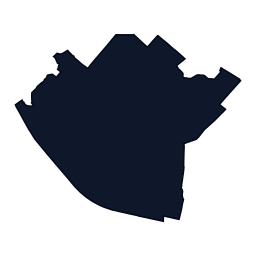 Saligny, Constanta, Romania (Mercator projection)
{"feature_id": "2599482B25474016101343", "entity_name": "Saligny", "entity_type": "district", "adm_level": 2, "iso_a3": "ROU", "parent_name": "Romania", "parent_adm1": "Constanta", "projection": "mercator", "projection_center": [28.101, 44.301], "detail": "fine", "context": "isolated", "style": "filled", "palette": "ink", "viewbox_px": 256, "rotation_deg": 0, "n_neighbors": 0, "source": "geoboundaries", "source_scale": "gbopen_adm2", "svg_char_len": 5055}
<svg xmlns="http://www.w3.org/2000/svg" viewBox="0 0 256 256"><path d="M239.4,79.1L231.5,74.2L223.5,69.4L221.0,67.8L220.0,70.3L219.9,70.6L220.0,70.7L220.5,71.2L220.5,72.1L220.3,72.6L217.3,76.0L214.3,79.3L213.7,79.1L212.3,78.9L210.8,78.9L209.2,78.8L208.1,78.6L207.3,78.1L207.1,77.9L206.4,77.3L204.6,75.7L203.6,75.3L202.8,75.2L202.0,75.2L199.9,75.0L197.7,74.9L196.9,75.1L193.7,76.9L191.8,78.1L191.5,78.2L190.9,78.5L190.4,78.5L188.6,78.4L187.3,78.3L187.0,78.1L186.6,77.9L186.1,78.0L185.7,78.1L184.9,77.9L183.9,77.6L183.1,77.2L182.8,76.4L183.0,74.4L183.1,74.0L183.0,73.8L182.6,73.0L182.5,72.9L182.3,72.6L181.8,72.1L180.7,70.9L180.2,70.4L178.3,68.7L178.2,68.6L177.4,67.0L176.7,65.5L179.4,63.3L182.7,60.7L183.8,59.8L184.7,59.0L185.0,58.8L184.8,58.6L184.0,58.0L183.1,57.1L182.2,56.3L181.6,55.8L181.2,55.5L180.2,54.5L179.1,53.6L178.1,52.7L177.0,51.8L176.3,51.1L175.6,50.5L174.8,49.9L174.5,49.7L173.4,48.9L170.5,46.3L167.5,43.6L162.6,39.6L157.8,35.6L157.7,35.6L154.9,38.7L152.1,41.8L150.2,44.0L148.3,46.2L147.9,46.8L147.7,46.8L146.4,46.3L145.2,45.2L144.0,44.1L140.2,40.6L139.4,39.9L139.3,39.7L139.0,39.5L137.5,38.1L134.9,35.7L133.9,34.7L133.8,34.8L133.0,34.8L126.5,34.8L119.2,34.8L116.0,34.7L115.6,35.2L108.8,43.4L108.6,43.7L108.4,43.9L108.1,44.3L107.7,44.8L106.5,46.2L100.1,53.6L95.6,58.9L95.3,59.2L93.8,61.0L90.7,64.7L88.1,68.0L87.7,68.4L84.5,66.1L81.2,63.7L78.6,61.3L76.2,59.3L73.8,57.3L74.0,56.6L73.8,56.2L73.3,55.8L72.4,55.3L71.5,54.8L71.1,54.1L70.7,53.6L70.4,53.4L70.1,53.1L69.7,52.7L69.2,52.2L68.7,51.8L68.4,51.3L68.2,51.2L67.9,50.7L67.7,50.4L67.0,50.8L66.2,51.2L65.6,51.6L65.0,52.0L63.9,52.7L62.7,53.4L61.7,53.7L60.7,54.0L60.1,54.0L59.5,54.0L58.9,53.8L58.4,53.6L57.7,53.5L57.0,53.3L55.3,55.0L53.6,56.6L54.4,57.2L55.2,57.9L55.8,59.2L56.0,59.6L56.1,59.8L56.2,60.1L56.3,60.5L56.5,60.9L56.6,61.0L57.3,62.7L57.6,63.3L59.3,63.8L58.5,66.6L57.8,69.4L57.7,69.5L58.5,70.0L59.3,70.7L59.5,70.8L59.9,71.1L60.1,71.3L60.7,71.7L60.9,71.9L58.6,74.5L56.4,77.2L54.7,76.0L54.4,75.8L52.4,74.3L50.2,74.6L48.0,75.0L47.1,75.7L46.9,77.4L45.7,78.4L44.6,79.4L43.9,80.9L43.2,82.4L42.6,82.1L42.4,82.5L41.6,82.7L39.6,84.5L37.6,86.2L37.4,86.5L36.9,87.1L37.1,87.3L36.5,88.0L35.9,88.8L34.0,90.6L33.7,90.9L32.2,92.4L32.1,92.5L31.9,92.6L31.9,93.1L31.9,93.6L31.8,94.0L31.8,94.8L31.7,95.6L31.7,97.3L31.8,98.1L31.8,98.5L31.8,98.8L31.8,99.0L31.8,99.4L31.8,99.5L31.8,99.8L31.9,100.7L32.0,101.6L32.0,101.8L31.8,102.2L31.6,102.6L31.7,102.9L31.6,103.0L31.9,103.4L32.2,103.8L32.4,103.6L32.7,104.1L33.0,104.6L33.2,105.5L33.1,105.8L32.8,105.9L32.6,105.9L30.6,106.1L28.8,106.2L28.6,106.2L28.5,105.9L27.3,105.7L26.3,105.3L25.5,104.8L25.0,104.3L24.7,103.8L24.4,103.4L24.1,102.9L23.8,102.3L23.6,102.4L23.4,102.4L23.3,102.5L23.1,102.1L22.1,100.1L20.6,101.1L15.8,104.5L15.4,104.8L15.7,105.5L16.1,106.4L16.1,106.5L20.0,113.4L23.8,120.4L26.3,124.9L28.9,129.5L29.6,130.6L31.1,132.9L32.6,135.4L33.4,136.7L33.9,137.4L34.3,138.1L34.6,138.6L35.0,139.1L35.3,139.5L35.6,140.0L35.9,140.2L37.0,141.6L37.6,142.3L39.2,144.3L43.5,149.5L47.8,154.7L52.9,160.7L56.6,165.1L59.3,168.2L62.0,171.4L65.7,175.7L69.3,180.0L72.3,183.6L75.3,187.1L77.9,189.7L80.4,192.3L81.7,193.3L82.9,194.4L84.3,195.5L85.7,196.7L87.2,197.8L88.8,198.9L90.8,200.3L92.9,201.6L95.1,202.8L97.3,204.0L98.7,204.7L99.7,205.2L102.0,206.3L104.5,207.3L105.6,207.7L106.0,207.8L107.1,208.2L112.7,210.1L113.2,210.1L113.7,210.2L113.8,210.2L114.2,210.3L115.5,210.6L120.5,211.8L127.2,213.3L132.6,214.5L137.9,215.6L138.1,215.9L139.4,216.2L139.6,216.2L145.5,217.4L151.4,218.7L157.4,220.0L163.3,221.3L163.4,217.9L163.5,215.9L166.0,216.5L171.1,217.6L173.6,218.2L176.0,218.7L179.0,219.4L179.8,216.2L179.9,215.8L180.5,213.3L181.0,211.2L181.3,209.8L181.7,207.9L182.0,206.3L182.2,204.7L183.0,201.4L183.5,199.4L183.4,199.1L183.3,198.9L182.6,198.4L182.4,198.0L182.6,197.7L182.6,197.3L182.5,196.7L182.3,195.7L182.2,195.0L182.2,194.3L182.3,193.8L182.6,191.2L182.5,190.9L182.4,190.5L182.3,189.9L182.2,189.5L182.1,189.4L181.9,189.3L181.3,189.2L181.1,189.2L181.4,187.5L181.6,185.7L181.6,185.2L182.0,182.2L182.1,181.9L182.2,180.9L182.4,179.6L182.9,175.8L183.2,174.0L183.2,173.8L183.4,172.2L183.6,170.7L183.8,168.6L183.9,167.3L183.9,167.1L183.9,166.5L183.7,166.1L183.6,165.6L183.7,163.9L183.7,161.0L183.8,158.0L183.9,153.6L184.1,147.8L184.1,146.6L184.1,146.4L184.1,145.0L183.9,144.5L183.7,144.3L183.6,143.5L184.8,143.3L186.1,142.9L187.7,142.1L188.8,142.0L190.1,141.4L191.1,141.0L191.9,140.8L192.8,140.5L194.7,139.9L196.1,139.2L196.5,139.0L196.8,138.8L197.5,138.0L198.2,137.4L199.1,136.3L200.0,135.2L200.7,134.2L200.8,134.1L201.4,133.4L204.7,129.2L207.0,127.3L208.1,126.3L210.8,123.8L214.1,120.9L214.9,120.1L216.3,118.7L217.6,117.4L218.2,116.7L218.7,116.3L221.1,113.8L221.6,113.3L222.5,112.5L223.6,111.4L224.5,110.4L224.7,110.2L224.9,110.0L225.0,109.9L225.2,109.7L225.4,109.5L225.2,109.4L225.3,109.1L224.6,108.6L220.4,105.2L219.5,104.8L219.8,104.2L221.7,101.9L226.2,96.7L227.0,95.9L229.1,93.5L229.1,93.4L230.4,92.0L232.4,89.8L235.7,86.1L236.7,85.0L239.7,81.7L240.0,81.4L240.6,80.7L240.6,80.4L239.3,79.8L239.1,79.7L239.4,79.1Z" fill="#0f172a" stroke="#020617" stroke-width="1.5"/></svg>